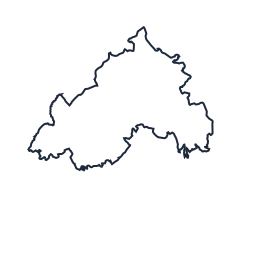 Manono, Katanga, Democratic Republic of the Congo (Natural Earth projection), rotated 316°
{"feature_id": "63176286B74212537268608", "entity_name": "Manono", "entity_type": "district", "adm_level": 2, "iso_a3": "COD", "parent_name": "Democratic Republic of the Congo", "parent_adm1": "Katanga", "projection": "natural_earth1", "projection_center": [27.399, -7.421], "detail": "fine", "context": "isolated", "style": "outline", "palette": "slate", "viewbox_px": 256, "rotation_deg": 316, "n_neighbors": 0, "source": "geoboundaries", "source_scale": "gbopen_adm2", "svg_char_len": 5802}
<svg xmlns="http://www.w3.org/2000/svg" viewBox="0 0 256 256"><g transform="rotate(316 128 128)"><path d="M41.4,74.3L41.1,75.7L41.4,76.3L42.7,76.4L42.9,77.2L42.7,78.3L43.0,79.2L44.5,79.8L46.1,80.1L46.4,82.0L47.0,81.9L47.8,82.3L48.3,82.2L49.1,82.4L49.2,83.8L46.7,83.6L46.7,84.2L45.7,85.9L45.8,86.7L45.5,87.4L43.5,87.9L43.1,88.6L43.3,89.2L44.0,90.1L47.5,90.8L47.8,91.2L47.6,92.2L46.6,93.5L47.1,94.4L50.1,94.6L51.8,93.3L54.3,93.2L54.5,93.8L54.6,95.0L54.1,96.4L55.5,99.6L57.6,100.5L58.2,100.5L58.7,100.0L59.4,98.3L60.5,98.9L62.0,100.5L63.5,101.0L65.8,101.1L66.7,100.6L67.0,100.0L67.9,100.2L71.2,101.8L70.7,103.9L70.9,104.8L70.2,107.8L69.4,108.4L66.3,109.0L64.6,113.9L64.7,114.3L64.4,115.0L64.4,116.4L64.6,116.4L64.8,116.8L64.0,118.0L62.8,121.2L64.1,124.6L65.6,124.3L66.9,127.8L67.9,127.6L68.2,127.0L67.2,124.6L67.2,123.8L68.0,123.4L68.9,124.0L69.6,125.3L70.3,128.8L70.8,128.6L71.1,127.6L71.8,127.0L72.8,127.1L73.4,127.5L73.8,128.1L74.0,130.1L74.6,131.0L76.9,131.5L79.2,133.7L79.7,133.8L80.3,134.3L81.6,134.5L81.6,136.6L82.2,137.6L82.9,137.2L83.5,137.3L84.1,137.1L84.7,136.1L84.4,135.7L84.6,135.4L86.9,137.4L88.0,137.1L88.7,136.3L89.4,136.2L90.6,136.6L91.4,137.5L91.6,139.2L92.6,139.3L92.4,140.2L91.8,140.8L91.4,142.9L94.0,143.1L98.8,144.0L99.8,143.6L100.6,143.7L100.7,142.9L101.5,143.4L103.3,143.7L106.9,143.1L109.0,143.5L112.2,142.6L117.0,142.1L117.6,141.8L117.2,140.4L117.6,138.1L117.2,136.1L117.7,133.4L118.1,132.7L118.4,133.1L119.5,133.6L120.3,135.3L120.9,135.7L121.0,136.3L121.4,136.7L125.7,136.6L125.8,135.8L126.6,134.7L128.4,133.8L129.8,132.2L131.0,131.7L131.4,132.2L131.5,132.9L131.2,134.7L131.2,136.2L134.7,135.2L135.0,134.7L134.8,132.6L135.5,132.4L136.6,132.6L138.1,133.6L139.5,134.1L140.2,134.7L140.9,135.7L140.9,136.3L140.2,138.1L140.6,139.2L142.0,139.8L142.6,140.7L142.8,142.2L144.9,144.8L145.3,146.0L145.7,146.3L143.7,147.6L143.1,148.5L142.8,150.8L143.0,154.5L143.6,156.0L146.9,160.4L147.6,161.0L149.5,161.2L152.0,160.2L153.0,158.7L154.1,159.1L154.1,161.5L156.6,162.0L156.9,163.2L157.0,164.3L156.2,166.0L156.2,166.9L155.7,167.8L155.4,169.1L152.5,174.5L152.1,174.7L150.2,176.4L149.3,178.7L147.9,180.0L147.9,180.8L148.4,181.5L149.0,180.6L150.2,179.6L151.6,180.3L151.9,180.0L153.7,179.9L156.6,178.9L157.0,179.1L156.0,180.7L154.8,181.9L153.2,182.9L150.6,185.3L149.3,187.1L148.7,188.2L149.6,188.0L150.3,187.2L151.0,187.1L151.2,187.7L150.1,190.6L150.6,191.0L152.0,189.8L152.7,187.3L153.8,186.0L154.1,185.1L154.8,184.5L155.3,183.6L156.2,183.3L155.9,186.7L155.7,187.1L155.7,188.1L156.9,187.9L158.3,188.4L159.2,188.1L159.3,187.8L159.8,188.0L160.2,189.1L163.7,190.0L164.4,188.8L164.4,187.7L165.0,186.7L165.3,186.8L165.4,187.2L165.1,187.8L165.3,189.7L165.6,190.4L165.3,192.3L164.7,193.2L165.3,195.4L165.2,196.4L165.6,196.6L165.9,197.2L166.5,197.4L167.5,198.2L168.0,199.3L170.1,200.2L170.6,200.1L171.8,199.5L170.1,195.5L170.3,195.2L171.4,196.0L172.3,196.3L172.9,195.0L174.4,194.7L176.3,193.2L177.8,190.4L178.9,190.1L179.9,188.7L180.7,188.3L182.6,188.6L182.7,190.6L183.2,190.8L185.2,190.5L191.7,183.5L193.3,182.3L193.8,181.3L192.9,177.5L193.1,173.6L196.2,170.8L199.2,163.3L199.4,162.2L199.2,161.5L197.8,160.4L195.7,159.9L193.3,158.4L192.8,156.3L189.9,154.7L188.8,154.6L188.5,153.8L189.3,152.3L191.1,149.9L191.7,147.9L192.1,147.4L193.9,147.4L195.1,146.8L195.5,146.0L196.0,145.7L193.4,141.6L191.2,141.2L191.0,140.4L191.1,139.7L192.7,135.7L193.5,135.1L194.3,135.0L195.5,136.2L196.5,135.6L197.4,136.1L198.9,136.1L201.1,135.0L201.9,135.0L203.1,135.4L204.3,134.9L206.0,134.6L206.9,135.3L208.2,135.0L208.8,134.6L208.8,132.7L208.1,131.4L207.5,129.2L207.1,128.7L207.0,127.0L206.7,126.6L206.7,124.3L207.8,124.5L208.1,123.9L208.5,124.0L209.1,123.4L209.6,123.8L210.4,123.8L211.0,123.6L211.6,122.9L211.9,122.9L212.5,121.9L212.9,119.1L211.1,117.7L209.6,117.1L208.9,115.6L206.5,113.0L206.3,111.7L206.8,111.5L207.3,111.9L208.0,111.9L208.5,111.6L208.6,111.8L208.4,112.2L209.5,112.6L210.0,112.5L210.4,112.9L211.6,113.0L212.3,112.5L212.9,112.5L213.1,111.9L213.3,111.8L213.6,112.1L213.9,112.0L214.5,112.2L214.9,110.6L214.2,109.3L213.3,108.7L212.3,108.5L211.5,109.0L211.0,108.9L210.3,108.3L209.0,108.0L207.6,107.2L206.3,100.1L205.0,97.5L205.2,95.9L205.7,94.9L205.4,92.4L204.6,91.8L204.5,92.5L203.9,92.9L202.7,92.7L201.6,91.3L201.9,89.0L202.0,84.3L202.7,77.1L203.6,75.3L204.9,73.8L206.8,72.8L208.6,69.0L209.3,67.2L209.3,66.4L202.1,65.4L198.2,67.5L196.2,66.9L194.6,66.0L192.1,65.5L191.6,64.9L190.9,64.8L189.0,65.2L188.7,65.5L188.7,66.1L189.2,67.9L190.0,67.9L190.3,68.0L190.5,68.5L190.6,71.7L187.8,74.5L185.7,76.2L185.0,76.0L183.2,73.3L182.5,72.8L181.1,72.5L180.5,69.2L179.6,69.3L178.2,70.1L176.6,70.4L173.4,68.9L170.4,68.4L169.6,67.9L168.6,66.9L167.3,64.7L167.0,63.2L167.6,61.6L166.1,61.1L163.0,64.3L162.1,64.8L161.1,65.0L159.2,64.8L156.7,64.0L155.6,63.9L153.9,64.8L151.7,65.3L147.6,64.3L145.3,64.3L144.2,64.6L142.8,65.8L140.8,68.5L138.8,69.6L137.7,69.7L137.6,70.4L136.9,71.6L136.1,74.9L135.3,76.2L133.9,74.9L126.7,72.1L124.2,70.3L119.3,71.4L116.9,71.2L115.9,70.2L114.9,69.9L110.3,69.9L105.8,70.2L104.5,70.7L101.6,71.1L101.6,65.8L102.4,63.0L102.4,60.4L102.7,58.8L102.5,57.4L103.4,57.4L103.1,57.2L102.2,57.1L101.8,56.2L100.6,56.2L99.3,55.8L99.1,56.0L99.1,56.5L98.3,56.6L98.0,56.9L97.5,56.7L97.0,56.9L96.5,56.8L95.5,57.6L94.4,57.6L93.5,57.1L92.6,57.2L92.5,57.4L91.9,57.1L91.0,57.3L90.4,58.1L89.6,57.9L88.5,58.3L88.1,59.2L87.3,58.8L85.9,59.9L85.2,60.9L83.9,61.8L83.7,62.3L82.0,63.7L81.5,65.5L80.7,66.2L81.1,67.9L80.5,68.7L80.0,70.0L79.6,70.2L79.5,71.8L78.7,72.5L76.9,73.6L76.8,74.0L75.9,73.9L75.9,73.5L73.4,70.4L73.7,69.4L73.1,68.6L72.5,68.6L72.1,68.0L70.5,67.2L68.4,66.9L64.3,67.1L62.7,67.4L59.9,69.0L57.6,68.8L56.8,69.4L56.4,69.4L55.0,69.2L55.2,69.6L55.1,69.8L54.6,69.7L53.6,70.4L53.0,70.4L52.6,71.3L52.1,71.5L50.5,71.0L48.8,71.8L47.9,71.8L45.2,73.7L43.2,73.7L41.4,74.3Z" fill="none" stroke="#1e293b" stroke-width="2"/></g></svg>